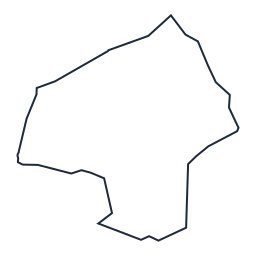 the district of Taishir, Govi-Altay, Mongolia
{"feature_id": "93677404B52010246121737", "entity_name": "Taishir", "entity_type": "district", "adm_level": 2, "iso_a3": "MNG", "parent_name": "Mongolia", "parent_adm1": "Govi-Altay", "projection": "mercator", "projection_center": [96.271, 46.587], "detail": "fine", "context": "isolated", "style": "outline", "palette": "slate", "viewbox_px": 256, "rotation_deg": 0, "n_neighbors": 0, "source": "geoboundaries", "source_scale": "gbopen_adm2", "svg_char_len": 774}
<svg xmlns="http://www.w3.org/2000/svg" viewBox="0 0 256 256"><path d="M107.2,51.5L55.1,81.3L36.7,88.0L36.5,94.4L26.6,118.6L18.7,151.9L18.7,152.5L18.4,153.0L18.1,153.4L17.8,153.9L17.6,154.9L17.6,155.5L17.5,155.8L17.6,156.1L17.7,156.5L17.8,156.8L17.9,157.3L18.1,157.8L18.1,158.4L18.2,159.1L18.1,159.6L18.0,160.1L18.0,160.7L17.9,160.9L17.9,161.3L17.9,161.9L17.9,162.2L22.7,164.6L37.8,164.9L71.3,173.5L81.5,170.2L90.7,172.7L104.1,178.3L112.0,213.1L98.3,223.5L141.0,239.8L149.1,236.2L158.5,240.6L186.1,227.7L188.1,164.1L196.1,156.3L208.3,146.3L237.1,131.2L238.5,127.8L229.0,107.6L229.8,94.9L215.8,82.2L208.0,65.6L197.9,41.4L185.5,34.6L170.9,15.4L148.3,35.9L108.5,50.2L108.2,50.7L108.0,51.0L107.9,51.1L107.6,51.3L107.2,51.5Z" fill="none" stroke="#1e293b" stroke-width="2"/></svg>